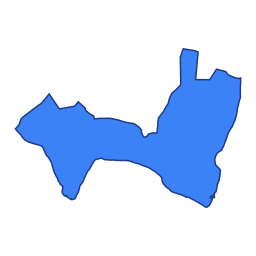 outline of Askira Uba, Borno, Nigeria
{"feature_id": "59680162B18672795330723", "entity_name": "Askira Uba", "entity_type": "district", "adm_level": 2, "iso_a3": "NGA", "parent_name": "Nigeria", "parent_adm1": "Borno", "projection": "natural_earth1", "projection_center": [12.927, 10.69], "detail": "fine", "context": "isolated", "style": "filled", "palette": "blue", "viewbox_px": 256, "rotation_deg": 0, "n_neighbors": 0, "source": "geoboundaries", "source_scale": "gbopen_adm2", "svg_char_len": 3919}
<svg xmlns="http://www.w3.org/2000/svg" viewBox="0 0 256 256"><path d="M180.3,57.3L180.7,78.4L180.7,84.9L175.8,89.9L172.3,92.8L170.4,96.1L168.9,100.4L168.2,103.5L166.0,106.8L164.1,110.5L163.0,112.2L158.6,117.7L157.8,122.1L157.8,125.7L157.4,128.6L157.0,133.0L152.8,132.9L150.6,133.5L148.9,133.9L146.5,136.6L144.5,137.2L143.7,136.9L143.3,136.3L142.4,134.9L141.4,131.7L141.5,130.1L139.1,127.2L134.9,124.1L132.8,123.5L124.8,122.1L120.8,120.8L117.4,119.8L114.7,119.2L110.1,118.3L107.7,118.3L106.0,118.3L98.4,118.4L94.4,119.1L93.6,115.9L89.6,113.8L85.2,109.9L85.3,108.3L78.3,101.8L74.6,106.2L59.4,108.9L54.3,101.7L49.2,93.9L41.7,103.1L39.1,104.8L26.4,114.4L22.8,117.2L20.9,119.2L19.0,124.8L15.4,128.9L18.5,132.5L21.0,134.9L22.4,137.3L24.6,139.7L28.7,142.1L29.4,142.2L34.4,143.9L39.2,145.1L42.4,146.6L45.5,153.4L46.7,155.7L47.6,156.5L48.5,157.5L51.1,162.0L51.6,163.2L52.8,167.4L53.2,168.7L53.9,171.4L54.4,172.7L55.2,174.0L55.9,175.7L56.4,176.6L57.3,178.0L57.9,179.9L58.4,181.2L59.3,182.2L59.8,183.5L60.3,184.4L60.9,184.4L61.7,185.7L62.8,186.0L62.8,187.0L62.8,187.8L62.7,188.4L62.5,189.7L62.1,191.2L62.1,192.5L62.7,193.3L62.8,193.8L63.3,194.4L63.6,194.5L63.8,194.8L63.7,195.0L63.8,195.2L63.9,195.4L64.3,195.5L64.5,195.5L64.9,195.8L65.0,196.0L65.3,196.3L65.5,196.3L65.7,196.2L65.9,196.1L65.9,195.9L66.1,195.7L66.3,195.7L66.7,195.6L66.9,195.9L67.0,196.5L67.6,197.3L68.4,197.7L70.2,199.1L70.5,199.0L70.3,198.6L70.7,198.4L71.3,198.8L71.8,199.7L74.9,198.8L76.0,196.8L76.4,195.2L76.8,194.9L77.3,193.6L78.0,192.9L78.6,191.3L79.1,189.4L79.5,188.0L79.7,186.7L80.0,185.8L80.9,184.6L81.4,183.8L82.3,182.6L83.1,181.7L83.9,179.1L84.5,178.1L85.1,176.8L85.4,175.8L85.9,174.6L87.1,172.3L87.6,171.3L88.8,170.0L89.6,168.8L90.5,167.1L91.6,165.5L91.9,164.6L92.7,163.3L93.3,162.3L94.1,161.0L95.0,160.0L96.4,159.4L97.2,159.1L101.2,158.1L102.3,158.5L103.4,159.1L104.5,159.4L105.1,159.8L107.9,159.8L110.4,160.1L111.8,160.1L113.2,160.0L114.6,160.1L116.6,160.4L118.5,160.4L121.6,160.6L122.2,160.4L126.1,160.5L128.9,160.8L132.0,161.8L134.5,162.7L135.8,163.1L136.0,163.1L137.1,163.4L139.3,164.0L141.5,165.0L143.2,165.7L144.6,166.0L149.1,167.9L150.8,168.9L152.2,169.8L152.6,170.1L153.0,170.4L155.0,171.5L155.8,172.2L157.2,173.5L157.7,173.8L159.7,175.4L160.3,176.1L160.6,176.4L161.7,177.7L161.9,179.6L162.8,183.0L164.6,185.4L166.7,187.5L168.9,188.7L170.1,190.3L171.7,191.6L175.1,192.9L176.5,193.2L178.2,193.9L178.7,194.2L180.4,194.5L180.8,194.6L182.9,195.5L183.0,195.5L185.2,196.5L185.7,197.1L186.9,197.1L188.8,197.4L190.2,198.1L193.0,199.7L193.4,199.9L193.5,199.9L193.9,200.0L195.0,200.7L196.9,201.7L198.4,202.6L199.5,203.3L202.4,204.9L205.4,207.0L206.9,207.2L209.3,205.3L210.2,203.9L210.7,202.7L211.4,201.3L212.1,199.9L212.2,198.9L210.5,198.2L210.1,197.9L210.7,197.0L211.0,196.3L211.3,196.3L212.0,195.9L212.3,196.0L212.4,196.7L212.3,197.5L213.0,197.7L214.4,197.5L214.3,195.1L214.1,195.2L213.7,195.1L213.3,195.1L213.4,194.8L213.5,194.7L213.9,194.7L213.9,194.4L214.1,193.9L214.4,193.9L214.8,193.2L214.6,192.6L215.1,192.3L216.0,191.9L216.6,188.9L217.0,187.0L217.1,185.5L218.9,180.6L219.2,179.3L219.4,178.4L220.0,175.0L220.2,171.6L220.3,170.8L220.4,170.1L219.2,168.6L216.7,165.9L215.6,165.0L215.2,162.5L214.8,160.3L214.7,159.6L215.5,156.5L217.1,153.2L221.7,149.9L222.4,148.4L223.3,146.6L223.5,146.2L224.0,144.9L225.1,142.0L226.9,137.0L227.0,136.7L227.2,136.2L227.8,134.2L228.9,132.0L229.7,130.4L230.2,129.7L230.9,128.4L231.1,128.1L232.0,126.8L232.8,125.2L233.5,123.6L234.0,121.9L234.6,121.3L234.8,120.4L235.4,118.5L236.0,116.7L236.5,114.6L236.9,112.6L237.4,110.0L237.4,108.4L238.0,106.5L238.1,105.9L238.3,105.2L238.6,103.9L238.8,102.9L239.7,99.7L240.5,96.8L240.3,93.3L240.3,92.5L240.3,88.7L240.3,87.4L240.5,85.1L240.6,83.6L240.6,82.7L240.6,81.0L240.6,80.0L240.6,78.0L238.9,78.5L238.6,78.4L235.4,77.9L227.9,74.7L225.6,71.5L216.5,69.2L209.7,79.7L195.6,79.6L198.1,51.9L194.7,50.7L183.2,48.8L180.3,57.3Z" fill="#3b82f6" stroke="#1e3a8a" stroke-width="1.5"/></svg>